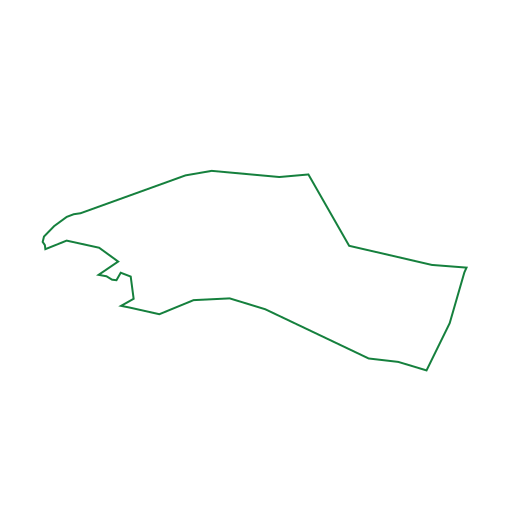 Zanzibar West, Albers equal-area conic projection, rotated 111°
{"feature_id": "TZA-3384", "entity_name": "Zanzibar West", "entity_type": "Region", "adm_level": 1, "iso_a3": "TZA", "parent_name": "United Republic of Tanzania", "parent_adm1": "", "projection": "albers", "projection_center": [39.265, -6.171], "detail": "fine", "context": "isolated", "style": "outline", "palette": "green", "viewbox_px": 512, "rotation_deg": 111, "n_neighbors": 0, "source": "natural_earth", "source_scale": "10m", "svg_char_len": 604}
<svg xmlns="http://www.w3.org/2000/svg" viewBox="0 0 512 512"><g transform="rotate(111 256 256)"><path d="M350.9,364.1L339.8,354.9L320.1,365.6L320.1,376.3L328.6,377.6L329.7,381.9L328.5,388.3L330.0,396.2L310.6,382.7L304.5,405.4L309.5,438.3L325.1,455.1L321.5,457.0L319.3,460.2L313.8,460.9L300.3,455.1L287.3,446.7L282.3,441.1L279.0,435.2L206.0,350.7L192.4,327.9L173.9,262.5L161.1,236.3L213.1,172.7L201.3,88.6L191.4,55.3L196.6,55.6L249.3,51.1L301.7,55.8L303.9,85.3L311.3,114.1L302.4,228.3L305.0,265.4L319.6,298.5L345.0,325.4L349.4,355.4L350.9,364.1Z" fill="none" stroke="#15803d" stroke-width="2"/></g></svg>